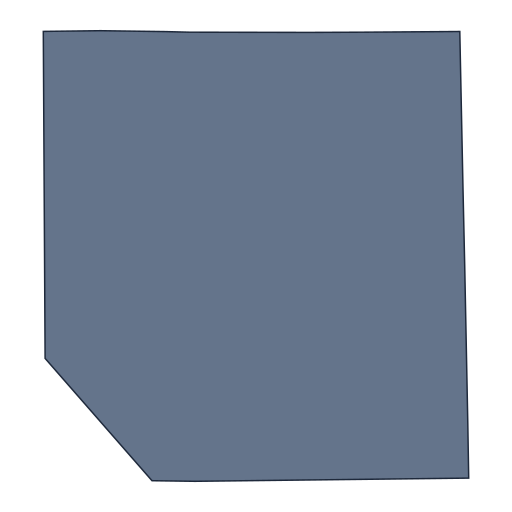 Potter, Pennsylvania, United States of America
{"feature_id": "52423323B68632918387185", "entity_name": "Potter", "entity_type": "district", "adm_level": 2, "iso_a3": "USA", "parent_name": "United States of America", "parent_adm1": "Pennsylvania", "projection": "robinson", "projection_center": [-77.898, 41.738], "detail": "fine", "context": "isolated", "style": "filled", "palette": "slate", "viewbox_px": 512, "rotation_deg": 0, "n_neighbors": 0, "source": "geoboundaries", "source_scale": "gbopen_adm2", "svg_char_len": 312}
<svg xmlns="http://www.w3.org/2000/svg" viewBox="0 0 512 512"><path d="M43.3,31.4L45.1,358.4L152.0,480.7L194.9,481.3L468.7,478.1L467.8,423.5L464.7,265.1L463.0,188.8L459.8,31.5L362.1,32.2L311.2,32.4L304.8,32.4L189.3,32.2L165.9,31.6L100.5,30.7L43.3,31.4Z" fill="#64748b" stroke="#1e293b" stroke-width="1.5"/></svg>